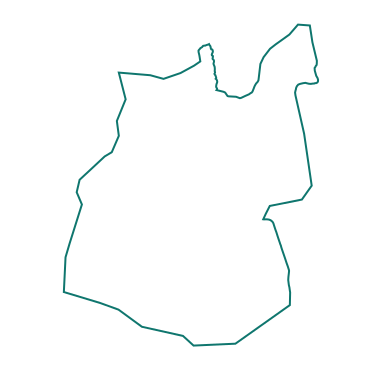 outline of Bornuur, Töv, Mongolia, rotated 174°
{"feature_id": "93677404B81102829752528", "entity_name": "Bornuur", "entity_type": "district", "adm_level": 2, "iso_a3": "MNG", "parent_name": "Mongolia", "parent_adm1": "Töv", "projection": "mercator", "projection_center": [106.158, 48.484], "detail": "fine", "context": "isolated", "style": "outline", "palette": "teal", "viewbox_px": 384, "rotation_deg": 174, "n_neighbors": 0, "source": "geoboundaries", "source_scale": "gbopen_adm2", "svg_char_len": 2633}
<svg xmlns="http://www.w3.org/2000/svg" viewBox="0 0 384 384"><g transform="rotate(174 192 192)"><path d="M324.6,140.3L329.9,105.9L294.9,91.2L277.4,82.7L255.9,63.2L216.0,49.8L206.5,39.1L164.7,36.6L106.5,69.3L104.9,81.8L105.0,83.9L105.1,87.0L105.4,89.3L105.5,94.4L105.0,97.4L104.3,100.5L103.7,103.4L103.8,104.5L104.5,108.0L105.3,111.2L106.4,116.3L107.2,119.8L108.1,123.7L108.6,125.9L109.0,127.8L109.2,129.3L109.7,131.0L110.0,132.5L110.7,135.5L111.5,139.2L112.3,143.2L112.9,145.5L113.4,147.8L114.1,151.1L114.3,152.2L114.7,153.3L115.5,154.5L116.0,154.9L116.7,155.7L118.3,156.5L119.9,156.9L121.4,157.1L122.5,157.2L123.2,157.2L124.0,157.4L120.9,162.6L116.1,170.0L83.5,173.0L72.3,185.8L74.4,238.2L79.0,277.2L79.1,280.1L78.6,281.6L78.2,282.7L77.9,283.3L77.7,284.3L77.2,285.3L76.5,286.4L75.1,287.7L73.3,288.2L70.2,288.6L67.8,288.7L66.3,288.1L64.3,287.4L62.4,287.1L60.7,287.2L59.1,287.1L58.2,287.4L57.2,287.3L55.9,287.8L55.2,288.7L54.9,290.3L55.2,292.1L56.3,294.6L57.2,299.8L57.1,302.5L56.3,303.4L55.7,304.4L54.8,305.3L54.5,306.6L54.1,309.4L56.6,328.3L57.4,345.3L69.1,347.4L78.7,338.4L93.3,330.1L99.4,326.3L106.7,318.6L110.6,312.2L113.8,298.0L114.3,296.0L115.3,294.6L116.9,293.2L118.3,291.3L118.9,290.3L120.0,288.1L121.4,285.5L122.3,284.6L123.4,284.2L125.1,283.2L128.9,282.0L133.2,280.5L134.6,280.3L138.2,282.1L145.5,283.3L146.6,283.7L147.7,285.7L148.6,287.4L150.0,288.3L156.9,290.8L156.5,291.2L156.3,291.8L156.3,292.4L156.6,292.9L156.8,293.3L157.0,294.1L156.8,295.2L156.6,295.9L156.3,296.9L155.8,297.8L155.4,298.8L155.4,299.8L155.7,300.9L155.9,301.5L156.1,301.7L156.4,301.9L156.6,302.1L156.3,302.4L156.1,302.9L156.0,303.3L156.2,304.2L156.4,305.1L156.5,305.7L156.9,306.1L157.2,306.6L157.3,307.3L156.8,308.0L156.6,308.4L156.6,309.1L156.8,309.9L156.6,310.7L156.5,311.5L156.4,312.7L156.4,314.1L156.8,315.6L157.1,316.5L157.2,317.3L157.0,318.0L156.6,319.0L156.4,320.0L156.6,320.9L156.9,321.4L157.5,322.0L157.6,322.6L157.4,323.3L157.1,324.1L157.0,324.7L157.1,325.2L157.5,325.4L157.9,325.8L158.0,326.5L157.5,327.6L156.9,328.6L156.6,329.3L156.6,329.9L156.6,330.7L156.9,331.4L157.3,331.8L157.9,331.9L158.2,332.5L158.3,333.1L158.3,334.1L158.6,335.4L159.4,336.6L159.6,337.3L160.3,337.0L161.4,336.8L162.7,336.5L163.5,336.2L164.3,336.3L165.0,336.2L165.6,336.2L166.2,335.7L166.7,335.1L167.9,334.5L168.6,334.2L169.3,333.4L169.8,333.0L170.5,332.3L170.8,331.8L170.8,330.1L170.6,328.8L170.4,327.1L170.3,325.6L170.1,321.0L176.8,317.4L191.0,311.5L208.5,307.5L221.3,312.5L252.3,318.4L248.3,291.1L259.3,270.5L258.9,255.5L267.6,240.0L275.1,236.5L302.5,215.9L306.7,203.8L302.8,191.1L319.1,153.6L324.6,140.3Z" fill="none" stroke="#0f766e" stroke-width="2"/></g></svg>